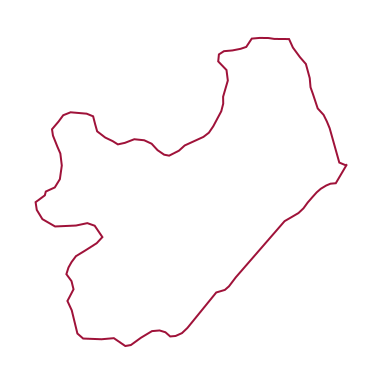 the district of Gangneung-si, Gangwon, South Korea, rotated 85°
{"feature_id": "91817680B99242230797556", "entity_name": "Gangneung-si", "entity_type": "district", "adm_level": 2, "iso_a3": "KOR", "parent_name": "South Korea", "parent_adm1": "Gangwon", "projection": "robinson", "projection_center": [128.801, 37.705], "detail": "fine", "context": "isolated", "style": "outline", "palette": "rose", "viewbox_px": 384, "rotation_deg": 85, "n_neighbors": 0, "source": "geoboundaries", "source_scale": "gbopen_adm2", "svg_char_len": 1450}
<svg xmlns="http://www.w3.org/2000/svg" viewBox="0 0 384 384"><g transform="rotate(85 192 192)"><path d="M48.1,82.0L46.7,96.6L45.3,102.3L44.4,111.2L44.4,118.7L44.4,119.1L52.2,125.3L53.6,131.1L54.5,139.5L54.5,147.9L57.3,153.2L64.2,154.5L73.5,147.0L84.1,146.6L99.8,152.7L106.7,153.2L114.1,155.8L128.4,165.1L134.4,170.0L138.1,175.8L145.0,195.2L149.7,201.4L153.8,211.6L152.4,216.5L147.3,222.7L140.4,228.0L136.3,235.1L134.4,244.9L137.2,254.6L138.1,261.7L134.4,266.6L130.2,273.7L123.3,281.2L115.9,282.6L108.0,283.9L104.8,290.1L102.0,306.1L102.2,306.6L104.3,313.6L110.3,318.9L117.3,326.0L123.7,325.6L135.3,322.1L142.2,319.8L154.3,319.4L167.7,322.5L175.5,328.3L178.8,337.6L182.5,338.9L188.5,348.7L196.3,348.2L206.0,343.4L214.4,331.4L215.3,310.5L213.9,299.0L217.1,291.9L229.1,285.2L234.7,291.4L241.2,303.9L245.8,313.2L251.3,318.1L256.4,321.6L262.9,324.3L270.3,319.8L278.6,318.5L286.3,323.4L289.7,325.6L299.4,322.1L323.0,318.5L328.5,313.2L330.8,295.0L330.8,282.6L339.6,271.9L339.1,266.2L332.7,255.5L327.1,244.0L327.1,236.4L329.4,230.7L334.0,226.3L334.0,220.9L331.7,214.3L327.1,208.5L294.2,176.6L292.4,167.8L289.2,163.4L280.8,155.8L229.1,102.3L225.4,94.4L222.2,87.7L218.0,82.4L212.5,77.6L207.4,72.3L203.2,67.8L200.0,63.4L197.2,57.7L195.8,53.3L195.8,48.0L178.0,35.3L178.8,36.5L175.5,42.7L140.5,49.3L133.5,51.5L126.6,54.2L119.7,59.5L104.9,63.0L98.0,64.8L88.8,64.8L74.4,67.4L67.1,72.7L56.9,78.9L48.1,82.0Z" fill="none" stroke="#9f1239" stroke-width="2"/></g></svg>